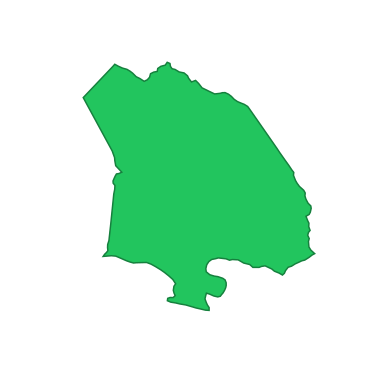 Santa Filomena do Maranhão, Maranhão, Brazil (Equal Earth projection), rotated 113°
{"feature_id": "56859067B3232589496952", "entity_name": "Santa Filomena do Maranhão", "entity_type": "district", "adm_level": 2, "iso_a3": "BRA", "parent_name": "Brazil", "parent_adm1": "Maranhão", "projection": "equal_earth", "projection_center": [-44.593, -5.518], "detail": "fine", "context": "isolated", "style": "filled", "palette": "green", "viewbox_px": 384, "rotation_deg": 113, "n_neighbors": 0, "source": "geoboundaries", "source_scale": "gbopen_adm2", "svg_char_len": 2390}
<svg xmlns="http://www.w3.org/2000/svg" viewBox="0 0 384 384"><g transform="rotate(113 192 192)"><path d="M230.7,75.2L227.9,75.2L223.7,74.1L221.4,71.4L217.8,68.9L214.9,66.2L212.5,64.1L210.6,61.6L206.6,58.8L202.9,56.7L200.8,55.0L199.0,60.0L196.9,62.9L192.0,65.5L189.1,65.9L186.6,68.6L183.7,69.0L181.2,68.3L178.3,71.0L175.0,72.2L173.5,74.0L169.8,77.6L166.9,75.4L164.4,75.2L160.5,75.9L158.4,77.2L157.0,80.7L155.5,82.6L154.0,84.4L151.5,86.5L148.7,87.4L146.8,89.8L144.9,95.3L143.0,98.5L141.0,101.2L137.0,105.1L134.2,106.0L132.7,108.7L131.3,110.8L129.8,113.1L126.7,118.2L121.3,126.9L118.9,130.5L108.2,147.5L93.0,171.7L91.5,174.2L90.9,178.2L91.0,181.6L91.0,185.5L90.2,189.4L88.7,192.9L87.7,196.6L87.6,200.4L88.7,202.8L90.2,204.7L92.9,209.5L92.6,216.2L92.2,223.5L89.5,228.3L87.9,232.3L90.9,235.5L88.6,239.6L86.8,241.5L85.5,245.8L86.5,250.7L85.8,255.5L86.3,258.5L84.8,260.9L82.3,262.5L82.3,265.5L85.7,266.2L88.5,269.8L91.7,271.8L94.6,271.1L96.6,274.1L99.3,276.4L103.0,275.9L106.2,277.0L108.8,279.3L107.9,284.5L107.7,288.4L105.8,293.1L105.0,296.2L104.5,299.8L105.1,304.4L105.0,309.1L104.6,313.0L107.3,313.9L147.6,329.0L150.4,325.5L185.4,281.5L187.7,279.4L190.6,276.7L193.3,275.3L197.6,272.5L201.2,264.4L203.4,266.3L204.9,268.6L207.2,268.9L209.6,269.0L212.7,269.0L214.7,268.0L216.1,265.5L219.7,264.2L224.5,263.2L230.9,261.2L253.5,254.2L269.1,249.5L273.3,249.1L276.2,248.0L278.9,246.5L281.1,247.1L283.5,248.1L286.0,248.6L282.2,241.4L280.8,237.1L280.8,233.3L280.9,225.6L280.7,221.9L280.2,218.1L278.9,215.7L276.3,210.0L274.6,206.2L274.4,201.5L274.9,196.6L275.8,190.5L276.8,185.9L278.2,180.9L280.0,175.5L282.9,171.2L285.8,171.8L289.8,170.8L292.1,169.0L294.0,167.0L296.5,168.1L297.7,171.0L299.4,172.8L301.7,172.2L301.7,168.5L300.5,163.7L299.8,159.5L298.4,153.6L297.5,146.0L297.2,143.2L296.3,138.2L295.5,133.5L294.3,130.0L291.7,131.1L289.9,133.8L287.8,136.0L285.3,138.3L281.9,138.9L279.5,139.2L279.1,136.0L279.2,131.3L278.5,127.3L276.9,125.2L274.9,124.7L272.8,124.0L269.6,123.6L266.9,123.6L264.7,124.0L262.2,125.1L260.0,127.2L259.4,130.0L259.8,135.2L260.7,138.6L261.2,143.3L259.9,147.7L257.2,149.3L253.2,150.0L249.4,149.3L246.4,147.5L244.0,144.0L242.4,142.1L240.2,134.5L240.1,130.8L238.4,128.5L236.4,123.0L237.2,116.7L236.2,110.5L237.6,106.5L236.4,103.7L235.2,100.8L233.3,98.9L231.4,95.8L231.7,88.5L232.7,85.2L232.6,80.2L233.1,76.3L230.7,75.2Z" fill="#22c55e" stroke="#15803d" stroke-width="1.5"/></g></svg>